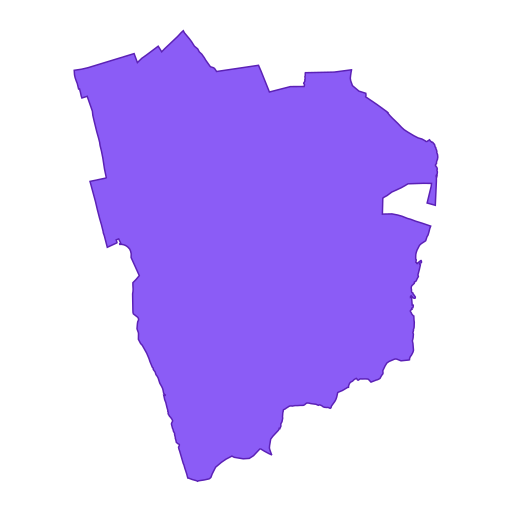 the district of Dumesti, Vaslui, Romania
{"feature_id": "2599482B81898841183447", "entity_name": "Dumesti", "entity_type": "district", "adm_level": 2, "iso_a3": "ROU", "parent_name": "Romania", "parent_adm1": "Vaslui", "projection": "albers", "projection_center": [27.317, 46.829], "detail": "fine", "context": "isolated", "style": "filled", "palette": "violet", "viewbox_px": 512, "rotation_deg": 0, "n_neighbors": 0, "source": "geoboundaries", "source_scale": "gbopen_adm2", "svg_char_len": 6024}
<svg xmlns="http://www.w3.org/2000/svg" viewBox="0 0 512 512"><path d="M272.0,455.0L271.5,454.5L269.9,450.0L269.4,448.0L269.6,445.6L270.7,439.1L272.8,436.3L278.4,430.3L279.0,429.2L279.2,428.4L279.8,428.7L280.9,426.2L280.8,423.9L282.0,421.7L282.7,418.1L282.5,416.9L282.6,415.7L282.8,412.9L283.2,411.2L283.3,410.1L283.6,409.7L285.4,408.8L286.1,408.2L288.1,407.0L288.9,406.4L290.0,406.0L291.1,405.9L292.2,406.1L294.9,405.6L297.4,405.6L300.1,405.4L302.2,405.4L303.5,405.3L304.5,404.8L306.4,403.2L306.9,403.0L308.9,403.1L310.8,403.6L314.6,404.1L315.8,404.2L318.3,405.3L319.3,404.9L320.2,405.0L321.7,405.7L323.3,406.9L324.6,407.3L326.8,407.5L327.8,407.4L328.5,407.6L330.1,408.3L330.6,408.1L331.0,407.7L331.5,406.0L334.9,401.3L335.9,399.4L336.7,397.1L337.7,392.6L338.1,392.3L342.4,390.5L347.8,387.3L348.5,387.3L348.6,385.9L349.0,384.6L349.6,383.3L350.6,382.2L352.6,381.1L353.7,379.9L355.9,378.5L356.4,378.4L356.8,378.8L357.3,379.7L357.9,380.1L358.4,380.1L360.0,379.0L360.6,378.9L362.1,379.0L364.9,378.9L367.4,379.0L368.4,379.3L371.0,382.1L376.4,380.0L377.6,379.7L379.2,378.9L380.0,378.4L381.0,376.5L382.0,374.9L382.9,373.8L383.0,372.8L382.8,370.7L385.1,365.9L386.8,363.1L389.0,361.5L394.4,359.2L395.3,359.0L396.7,359.1L401.0,360.8L408.9,360.0L409.5,359.8L409.6,358.4L410.0,357.3L410.4,356.5L411.4,355.2L412.3,353.5L413.0,352.1L413.5,350.2L412.9,343.2L412.6,342.1L412.4,340.7L412.8,339.2L413.1,337.8L413.4,334.1L412.9,332.8L413.5,330.3L413.4,329.5L413.8,328.6L414.1,327.3L414.3,322.3L414.0,320.0L413.8,316.0L413.3,315.8L411.9,314.2L411.1,312.5L410.4,311.6L410.4,311.1L410.4,310.6L411.3,309.7L412.0,309.3L411.7,308.8L411.7,308.2L412.8,307.8L413.1,307.0L413.3,305.7L413.2,305.1L412.2,305.1L411.6,298.3L411.6,297.4L411.3,297.1L410.5,297.4L410.5,296.5L411.2,295.7L412.8,297.5L413.4,298.0L414.4,298.3L415.0,298.2L415.3,297.8L415.3,296.9L413.5,294.3L413.1,294.1L412.9,293.0L412.1,292.6L411.7,292.2L411.5,291.3L411.5,289.7L411.2,288.2L411.3,287.0L411.8,285.7L413.1,284.5L414.3,283.3L414.4,282.8L414.3,282.2L415.0,281.7L415.8,281.3L416.3,280.6L417.3,278.4L418.3,276.7L418.4,276.3L417.9,275.0L419.4,269.3L420.4,264.8L419.9,264.6L419.6,264.2L419.6,263.6L420.2,263.2L421.2,262.8L421.5,262.3L421.5,261.8L421.3,260.8L421.0,260.5L420.3,260.9L417.8,262.9L417.4,263.5L417.1,263.6L416.8,263.4L416.3,262.5L415.8,262.2L415.9,261.6L416.2,260.6L416.2,259.6L416.0,259.3L415.7,259.1L415.7,256.7L415.8,254.5L416.2,252.6L417.0,250.2L419.5,245.3L421.2,243.7L424.9,241.3L425.7,240.7L427.0,236.7L428.0,235.1L428.9,232.1L429.8,228.5L430.7,226.1L422.2,223.2L415.7,221.2L410.7,219.3L407.7,218.5L401.9,216.2L397.6,215.0L392.0,213.9L382.4,214.1L382.8,198.2L383.9,197.3L387.0,195.6L391.7,192.1L401.1,187.8L404.7,185.8L408.0,183.8L423.2,183.3L431.5,183.4L431.2,186.3L427.1,203.0L435.3,205.3L436.4,181.0L436.4,176.9L436.8,176.9L437.0,175.7L436.2,175.7L436.5,174.8L437.1,174.3L437.4,172.0L436.9,170.0L437.3,169.1L437.1,168.2L436.8,167.3L436.3,166.9L436.0,166.2L435.5,165.8L435.6,164.5L436.5,163.6L436.5,162.0L437.0,160.3L437.4,159.6L437.8,157.2L437.6,154.8L436.7,152.3L436.9,151.3L436.7,150.9L436.6,150.1L436.3,149.7L435.9,148.5L435.7,147.4L435.2,147.0L435.0,146.5L434.8,145.4L434.5,144.4L434.1,143.9L433.5,143.6L433.4,143.2L432.9,142.5L432.3,142.1L431.7,142.2L431.3,141.7L430.5,141.2L429.5,139.8L426.9,141.5L425.7,141.4L425.2,140.8L421.9,139.0L418.1,137.9L413.8,135.7L407.8,132.1L404.0,129.6L401.5,127.3L397.9,123.5L392.5,118.3L389.9,115.6L387.6,112.8L387.9,112.6L387.1,111.9L377.1,104.6L365.6,96.8L366.0,95.3L365.8,93.3L358.9,91.1L352.3,85.5L352.2,84.9L350.7,80.8L350.3,78.3L350.6,75.4L351.1,71.9L351.5,70.1L351.5,69.8L334.1,72.1L305.4,72.7L305.2,73.8L305.3,75.2L304.9,76.7L305.1,78.0L305.1,78.8L304.8,79.8L304.9,80.9L304.6,81.7L303.8,82.9L303.7,83.2L303.8,83.6L304.4,84.4L304.5,85.0L304.1,86.5L290.4,86.6L269.4,92.0L261.1,71.3L258.5,65.3L216.6,71.5L214.5,68.4L213.4,67.7L210.6,66.8L210.0,66.2L205.6,60.0L204.4,57.9L201.8,54.2L199.3,51.9L197.7,48.9L194.4,46.2L191.5,41.6L189.4,38.8L184.4,32.8L183.3,30.7L181.3,32.5L177.6,36.5L164.6,48.8L161.7,51.8L158.2,46.2L146.2,55.2L141.8,58.3L137.4,62.6L134.1,53.6L88.0,67.7L81.6,69.2L74.2,70.3L74.5,74.8L75.1,77.6L76.2,80.8L76.6,81.8L77.3,83.6L78.6,89.0L79.5,88.9L80.4,92.2L81.2,95.9L81.9,98.0L87.2,96.3L92.4,111.2L92.8,115.2L94.2,121.3L94.5,122.5L96.7,131.5L98.6,138.2L99.7,142.6L99.8,143.6L100.1,145.6L101.5,151.3L102.8,157.9L104.5,169.0L106.3,177.7L105.6,178.1L90.0,181.4L95.5,201.7L97.2,209.0L99.5,218.0L101.2,223.9L101.4,224.5L103.1,231.4L103.3,232.9L104.3,235.7L107.3,247.3L116.8,242.9L117.0,242.7L116.9,242.2L116.2,239.8L118.7,238.9L120.8,243.4L119.7,243.8L119.8,244.4L121.9,244.4L123.9,244.8L125.4,245.4L126.9,246.3L128.1,247.3L129.7,249.1L130.6,251.2L131.2,253.8L131.1,257.5L139.3,275.6L136.3,279.2L132.9,282.7L132.9,285.2L133.1,289.2L133.0,291.4L132.6,293.9L132.9,310.2L133.0,312.6L133.4,313.9L137.9,317.4L138.3,318.3L138.6,319.1L138.4,320.3L137.7,321.8L137.4,323.8L137.0,328.6L137.2,329.4L138.3,332.4L138.5,333.6L138.4,339.3L140.7,343.7L141.6,344.5L142.5,345.7L146.7,353.2L149.0,358.6L149.9,361.4L152.3,367.2L153.2,368.2L153.3,369.5L155.1,371.9L156.0,374.7L157.2,376.3L158.1,377.9L159.8,383.2L161.5,386.2L162.5,388.2L163.0,389.9L163.6,393.1L164.4,394.3L165.3,395.0L165.1,395.4L163.7,395.2L164.0,396.4L164.7,399.7L165.8,402.5L167.0,407.6L167.8,410.3L167.8,411.6L168.3,412.3L168.1,413.5L168.6,414.8L169.3,415.5L169.5,416.3L170.4,417.1L171.9,419.2L172.6,420.6L172.5,421.4L171.8,422.7L171.4,423.9L172.5,428.3L173.1,429.5L173.4,431.2L174.6,433.3L174.6,434.6L175.3,437.4L175.3,438.4L175.8,439.9L176.1,441.2L176.3,442.3L178.0,443.8L178.9,444.1L179.2,444.4L179.4,444.9L179.1,446.1L178.5,447.1L179.0,449.3L179.6,450.9L183.2,463.3L184.0,465.2L184.7,467.8L186.7,473.9L187.5,477.0L187.9,478.1L188.5,478.1L192.2,479.5L196.5,480.7L197.6,481.3L198.5,480.8L203.9,480.0L209.0,478.9L209.7,478.5L210.9,477.4L212.2,473.9L215.6,467.2L221.3,462.4L225.9,459.2L231.9,456.1L234.2,457.3L243.2,458.8L249.3,458.4L253.5,455.7L259.8,449.0L260.8,449.0L264.6,451.3L268.9,453.6L272.0,455.0Z" fill="#8b5cf6" stroke="#5b21b6" stroke-width="1.5"/></svg>